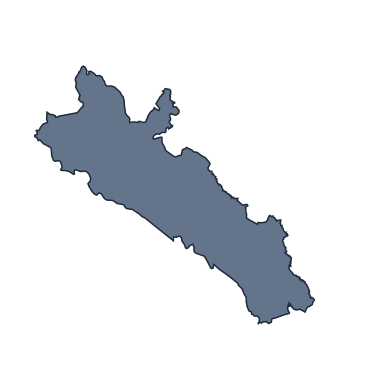 the district of Puebloviejo, Los Rios, Ecuador, rotated 129°
{"feature_id": "8360857B21283646614979", "entity_name": "Puebloviejo", "entity_type": "district", "adm_level": 2, "iso_a3": "ECU", "parent_name": "Ecuador", "parent_adm1": "Los Rios", "projection": "natural_earth1", "projection_center": [-79.56, -1.537], "detail": "fine", "context": "isolated", "style": "filled", "palette": "slate", "viewbox_px": 384, "rotation_deg": 129, "n_neighbors": 0, "source": "geoboundaries", "source_scale": "gbopen_adm2", "svg_char_len": 6021}
<svg xmlns="http://www.w3.org/2000/svg" viewBox="0 0 384 384"><g transform="rotate(129 192 192)"><path d="M162.3,354.2L162.7,354.7L162.6,355.7L164.3,356.3L169.6,354.8L170.1,355.5L171.7,354.6L175.8,354.4L177.3,353.9L178.4,353.1L180.7,350.0L183.1,348.9L184.0,347.9L187.3,339.8L188.5,339.9L188.8,339.2L191.2,338.7L191.8,337.1L191.7,334.6L191.1,333.6L191.3,332.8L193.8,330.4L194.8,331.0L202.5,331.0L217.2,343.4L218.0,343.5L219.2,344.4L219.7,345.4L218.8,345.9L218.8,346.7L219.4,347.9L219.4,349.0L220.0,349.2L221.1,351.6L221.2,354.9L226.8,350.9L228.8,348.0L232.8,350.4L237.3,350.4L239.9,349.6L241.3,350.5L242.1,351.8L242.5,351.5L243.2,349.7L244.6,348.6L246.3,349.8L247.4,349.7L247.9,349.1L247.5,346.6L248.8,343.7L247.6,343.1L247.3,342.4L248.0,337.9L246.4,330.1L247.2,328.4L252.1,323.8L254.5,319.8L254.4,317.9L252.2,316.0L251.2,314.2L251.3,313.0L254.4,308.5L257.2,308.1L257.6,307.4L254.9,303.7L253.4,300.7L252.8,295.1L251.9,294.7L250.0,296.8L248.3,296.8L247.4,295.2L246.2,291.5L243.1,288.2L242.7,287.2L242.6,285.1L243.0,283.2L245.2,279.3L247.2,278.1L251.0,278.1L252.4,275.8L254.4,270.5L254.9,267.7L254.9,265.6L254.3,264.0L251.8,263.9L251.2,263.4L250.6,262.0L250.5,261.2L252.1,256.3L252.2,254.3L251.7,252.9L248.4,248.3L248.0,242.9L245.1,237.7L245.1,236.0L246.1,233.8L245.9,232.2L243.0,227.1L242.3,218.7L242.5,215.0L241.8,212.4L241.6,175.7L239.4,177.6L238.4,177.9L236.9,175.6L234.8,174.6L234.0,173.6L234.4,171.0L236.4,169.1L237.7,164.6L239.1,162.5L239.6,161.0L237.6,159.7L237.0,160.0L234.9,159.8L232.1,158.6L233.6,155.7L236.3,153.7L237.1,152.3L237.0,150.2L234.3,142.6L234.2,141.2L235.3,139.4L235.3,138.5L239.3,129.5L239.2,128.6L237.8,127.7L236.5,128.7L234.6,129.3L234.9,122.8L234.1,108.0L234.1,98.9L234.4,98.1L235.3,97.4L235.7,92.3L238.6,86.9L239.9,83.4L243.0,80.9L246.8,76.5L247.5,74.6L248.5,73.4L248.3,71.7L247.8,70.3L249.3,68.8L248.9,67.4L249.2,65.5L247.4,63.1L247.3,61.8L248.4,59.5L251.0,58.1L252.2,58.1L252.5,57.6L250.5,57.2L250.2,55.6L247.7,54.7L247.1,53.6L246.0,52.9L246.0,49.7L243.3,48.4L240.8,49.9L239.8,49.9L237.4,47.9L229.4,43.1L225.4,40.1L224.4,40.4L224.0,42.4L223.6,42.5L223.5,43.1L221.5,45.1L220.5,44.9L220.2,45.6L219.5,44.7L219.4,45.7L218.7,45.4L217.4,46.5L217.6,45.8L217.2,45.3L217.9,45.1L217.7,44.4L218.1,43.7L217.8,42.6L218.6,41.9L218.9,38.6L217.4,36.0L215.2,34.4L214.1,28.5L211.6,29.4L208.6,29.9L207.5,28.9L203.8,27.7L201.3,28.8L198.9,29.0L198.6,29.4L198.4,31.5L198.7,32.3L199.4,32.7L198.8,33.0L199.4,33.5L199.1,34.4L198.5,34.6L197.7,35.9L197.6,37.1L196.9,37.3L196.3,38.1L195.6,37.8L194.9,38.7L192.7,42.8L192.6,43.8L191.8,44.4L191.5,47.2L190.8,47.5L191.3,48.2L190.7,49.1L190.9,51.0L191.1,51.3L191.8,50.9L191.4,52.6L192.1,52.4L192.3,52.8L191.7,53.3L191.7,54.0L191.0,53.9L190.4,54.8L191.3,55.8L191.0,56.7L191.8,57.6L191.2,58.6L192.0,59.9L192.6,60.2L191.4,64.1L191.4,65.7L190.8,68.1L188.5,69.6L187.9,68.8L187.8,69.7L186.9,69.4L187.2,70.3L186.5,70.0L185.5,70.7L185.0,70.4L184.6,71.0L184.7,71.7L183.7,71.4L180.7,73.3L180.3,75.3L180.8,75.7L180.2,76.4L180.8,76.9L180.5,78.2L180.9,78.7L180.5,79.3L180.8,80.0L180.7,81.6L179.3,80.9L178.5,81.0L178.3,82.4L177.7,83.3L176.7,83.6L176.5,84.4L176.1,84.3L175.7,86.6L174.5,88.5L173.9,88.8L173.5,90.2L171.9,91.4L171.0,91.1L170.5,91.7L169.5,92.0L169.0,91.4L167.6,91.0L166.4,91.3L166.1,90.1L165.5,90.1L164.6,91.5L165.2,92.2L165.0,93.3L164.1,93.4L164.7,94.1L164.4,96.3L162.7,99.0L162.8,99.9L161.4,101.0L162.1,101.4L162.2,102.0L160.9,103.3L160.8,104.0L159.9,104.1L157.9,105.4L158.8,106.5L161.2,108.0L160.5,109.1L160.7,109.7L160.0,112.1L160.4,113.2L159.8,114.1L161.1,114.7L161.1,116.7L162.5,117.0L166.4,115.7L169.2,115.8L172.3,118.8L174.3,121.6L176.0,120.9L177.0,127.1L177.6,128.9L177.4,129.9L178.0,133.2L175.0,135.5L172.9,138.3L171.0,139.7L170.1,140.9L167.5,140.0L167.1,141.2L168.0,142.7L170.4,144.1L170.1,150.9L169.7,151.3L169.9,151.8L168.1,152.4L170.9,155.5L170.5,155.8L170.6,156.5L170.2,156.5L170.9,157.6L171.4,157.7L170.7,158.0L170.9,159.1L170.5,159.2L170.9,160.0L170.5,160.3L170.9,160.6L170.4,162.6L171.1,163.8L170.4,165.6L171.0,165.9L170.8,166.6L171.3,167.2L170.9,167.8L171.0,168.5L171.7,168.9L170.4,170.0L169.4,172.4L168.8,172.5L168.6,174.7L169.6,175.7L168.8,176.3L169.1,177.1L168.8,178.7L167.6,179.5L167.7,180.3L167.3,180.8L166.3,180.8L166.6,181.9L166.2,182.9L165.2,183.1L165.4,184.6L164.6,186.9L165.5,187.3L163.5,189.6L164.6,191.0L164.2,193.8L162.7,195.0L159.0,195.6L158.1,196.7L156.9,203.3L157.8,207.5L157.9,212.9L159.6,215.7L159.8,217.2L159.4,218.1L160.9,224.4L163.1,224.6L164.0,225.6L165.1,226.0L170.2,223.6L172.6,225.5L174.2,226.2L175.2,227.2L175.8,228.7L176.3,238.7L174.6,241.0L172.8,245.7L171.0,247.8L168.7,249.4L168.5,249.9L168.9,250.7L174.9,254.9L174.8,256.1L172.6,257.0L170.7,256.7L168.5,255.6L167.7,253.7L164.2,252.7L163.7,251.5L162.5,250.3L161.2,250.4L160.5,251.3L157.9,252.1L156.9,251.1L157.6,249.8L156.6,249.7L156.0,249.0L155.3,249.6L154.7,249.5L154.3,248.5L152.6,248.8L153.1,251.0L151.8,254.0L149.5,254.0L148.1,255.3L146.9,257.4L146.0,257.9L144.7,257.9L144.0,257.3L144.2,256.4L142.5,252.9L139.6,252.0L138.0,252.3L136.7,253.6L135.9,257.1L135.9,257.9L137.0,259.3L137.6,260.8L135.7,261.6L135.1,263.1L134.4,262.9L133.9,261.5L133.5,261.4L133.3,261.8L133.9,264.0L134.2,267.3L131.6,268.6L131.1,269.9L129.4,270.0L128.5,271.2L127.3,271.7L126.8,272.3L126.4,273.9L128.5,277.9L130.8,277.6L132.2,278.4L132.4,276.5L133.5,276.0L135.2,276.8L136.4,276.3L137.8,276.7L146.1,275.5L147.6,269.5L149.3,268.9L150.0,271.2L150.3,274.4L152.5,273.8L155.6,274.6L157.6,274.5L161.4,273.9L162.7,272.9L164.2,273.1L165.8,272.2L166.8,272.2L168.7,273.6L170.0,277.1L170.9,277.9L171.7,277.6L174.7,282.0L177.3,284.1L176.5,285.0L174.4,286.3L173.6,288.2L173.5,290.9L172.6,293.3L165.3,301.1L164.3,301.5L162.3,304.1L161.2,305.8L161.3,306.9L159.6,310.9L159.2,318.2L160.3,321.3L162.9,324.2L163.1,326.0L162.8,327.6L161.1,329.7L160.7,331.9L159.3,334.0L159.5,336.6L159.8,337.3L161.3,338.7L161.9,340.1L161.4,342.7L161.8,344.3L161.7,345.8L162.5,347.5L163.3,348.0L165.2,346.2L166.9,347.4L166.1,348.8L163.9,349.9L163.4,351.5L162.5,352.8L162.3,354.2Z" fill="#64748b" stroke="#1e293b" stroke-width="1.5"/></g></svg>